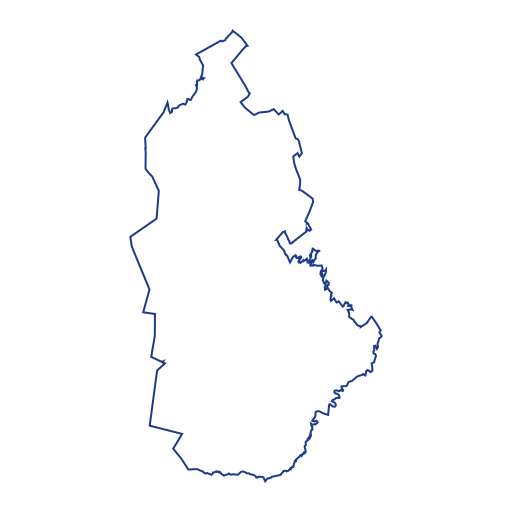 Pinal de Amoles, Querétaro, Mexico (Equal Earth projection)
{"feature_id": "50627088B68767100251382", "entity_name": "Pinal de Amoles", "entity_type": "district", "adm_level": 2, "iso_a3": "MEX", "parent_name": "Mexico", "parent_adm1": "Querétaro", "projection": "equal_earth", "projection_center": [-99.535, 21.167], "detail": "fine", "context": "isolated", "style": "outline", "palette": "blue", "viewbox_px": 512, "rotation_deg": 0, "n_neighbors": 0, "source": "geoboundaries", "source_scale": "gbopen_adm2", "svg_char_len": 6083}
<svg xmlns="http://www.w3.org/2000/svg" viewBox="0 0 512 512"><path d="M147.8,171.9L152.4,176.8L158.8,190.8L156.6,218.6L130.4,236.8L131.7,246.3L149.5,289.5L143.2,312.3L155.0,314.0L154.8,336.0L151.2,356.9L161.2,361.6L161.8,361.4L162.3,362.2L163.2,361.6L162.8,362.4L164.9,363.4L157.1,370.5L149.7,425.7L182.1,433.9L173.2,448.7L181.2,458.5L188.3,469.5L197.3,469.1L200.6,470.7L202.7,471.4L204.0,472.8L205.7,473.5L207.0,473.0L211.6,474.8L212.7,473.6L213.0,472.5L214.7,472.3L216.0,471.4L216.7,471.9L217.5,471.4L219.2,472.5L219.6,471.9L220.5,472.5L221.5,474.0L223.9,475.6L228.3,474.0L228.9,473.5L230.2,474.5L231.9,474.6L233.1,474.2L237.8,474.8L241.1,471.8L242.0,471.5L244.3,471.8L247.1,473.4L249.2,473.4L250.3,474.3L253.8,475.0L255.9,476.5L256.3,477.6L257.2,477.6L258.6,476.7L259.3,477.1L260.1,476.7L262.7,477.0L263.8,478.1L265.2,481.3L267.3,478.6L270.7,477.9L271.3,477.0L280.8,474.8L281.2,473.8L282.9,472.2L283.3,471.1L285.8,470.7L286.7,471.4L288.4,470.7L289.2,469.7L289.9,469.5L290.3,468.4L290.9,468.9L291.1,467.9L292.2,466.9L292.6,467.3L293.4,466.8L293.9,463.9L294.7,462.3L294.7,461.2L295.1,460.8L295.7,461.2L296.1,461.0L295.9,459.6L297.2,458.8L297.4,458.3L299.5,456.7L300.0,455.6L300.6,455.6L301.4,454.8L301.8,455.6L302.3,454.5L303.9,453.7L303.5,452.9L304.1,452.4L304.8,452.9L305.6,452.4L305.6,450.8L304.6,446.4L305.8,445.2L305.6,442.3L306.3,441.2L306.9,441.0L307.8,440.2L307.5,439.2L308.4,438.0L309.2,438.6L309.2,437.2L310.1,437.5L310.1,435.1L310.9,435.4L310.9,434.3L310.5,433.3L311.3,430.2L312.3,429.7L312.5,429.0L312.1,428.5L312.3,426.9L311.5,426.1L311.1,423.7L312.4,424.7L314.7,424.2L315.3,424.4L317.6,422.6L316.8,421.0L316.2,420.7L314.9,421.5L312.3,421.0L312.5,420.2L314.8,417.4L315.5,415.8L315.3,413.8L316.1,411.7L316.8,411.3L319.3,411.2L322.3,413.0L328.1,414.9L329.1,404.8L330.0,404.1L332.8,406.5L334.2,406.7L335.3,406.4L335.9,405.2L335.3,403.3L334.5,402.6L331.8,401.3L332.7,400.1L334.3,399.5L336.3,398.0L338.8,397.7L339.4,397.9L339.6,397.5L339.0,395.5L338.3,394.4L336.8,393.6L335.6,393.5L334.4,392.4L334.5,390.8L336.2,390.3L339.0,391.1L339.7,390.9L341.3,389.8L342.5,391.1L342.8,391.0L343.2,390.1L341.8,388.4L341.4,386.5L341.6,386.3L345.2,386.2L346.7,385.8L347.0,385.4L348.4,382.1L352.0,380.9L357.1,376.5L362.4,374.8L363.1,374.0L365.2,375.5L365.6,374.9L366.2,371.2L367.7,370.0L370.5,372.1L372.4,370.7L372.4,367.8L371.6,363.5L374.1,362.2L376.0,355.6L375.2,354.0L373.6,353.5L373.2,351.9L374.3,350.3L374.0,346.1L375.3,345.7L376.9,348.9L378.0,347.0L377.6,344.9L377.6,343.2L378.2,341.9L379.2,338.5L381.2,336.8L381.6,335.9L379.4,332.3L380.7,330.4L376.6,323.7L371.9,316.8L371.0,316.9L366.6,323.2L360.6,327.1L360.6,326.2L357.8,325.5L356.8,324.7L355.7,322.9L354.0,321.2L353.8,320.2L353.4,319.6L351.6,318.8L351.0,318.1L349.3,317.2L349.1,316.6L349.3,315.2L348.7,312.0L347.6,309.8L350.3,309.6L350.7,309.3L352.5,309.9L351.2,306.7L351.4,305.3L350.0,305.2L349.2,306.1L348.2,306.0L348.7,304.6L348.4,303.8L347.5,303.5L347.7,302.9L347.3,302.9L347.0,302.5L345.4,302.4L345.4,302.9L344.6,303.8L344.1,305.0L342.8,306.6L338.6,301.3L337.7,302.1L336.5,302.5L334.0,298.3L331.0,300.9L330.5,299.6L330.8,296.7L331.5,295.9L330.8,294.8L331.9,293.0L331.7,292.6L329.7,291.1L327.6,287.8L327.0,288.8L325.4,289.6L325.4,289.0L324.9,289.1L324.7,287.3L325.3,286.4L326.4,286.1L327.5,287.6L327.2,286.5L327.4,285.3L327.7,284.8L328.4,284.9L328.8,282.8L326.4,280.6L325.3,284.6L323.7,282.6L323.7,281.9L322.7,280.1L323.3,278.4L321.4,276.1L320.6,274.4L322.1,273.9L322.5,275.1L324.3,276.2L325.9,272.1L326.0,269.5L325.2,270.6L322.9,271.1L320.6,272.5L320.7,271.6L322.6,268.8L321.7,265.5L317.5,265.8L313.6,264.8L313.1,265.2L313.0,265.7L310.4,265.7L310.3,263.5L310.9,263.8L311.5,263.4L311.7,262.4L311.0,261.5L310.8,261.7L310.9,261.4L312.5,260.2L313.5,261.9L314.5,259.8L315.9,258.2L315.6,256.2L316.1,254.4L317.9,251.7L319.2,250.9L318.8,250.6L317.3,250.8L316.9,251.2L314.7,250.2L313.1,248.7L312.6,248.6L312.5,250.0L312.1,251.4L312.3,251.8L310.5,254.1L311.0,254.7L309.9,255.4L310.2,256.9L310.8,255.8L311.1,255.9L311.2,256.6L310.1,259.3L310.1,260.2L310.5,261.9L310.2,261.6L308.7,262.6L307.6,262.6L307.7,260.8L307.3,261.0L307.2,260.6L307.6,260.3L307.1,260.0L306.8,258.7L303.4,261.4L303.1,261.3L303.0,260.5L300.7,262.6L300.6,262.2L300.0,262.1L299.1,262.6L298.4,261.7L301.2,257.3L301.0,256.5L299.8,256.5L298.6,257.5L298.4,257.8L298.8,258.3L299.3,258.3L299.3,258.9L299.0,258.9L297.5,257.9L296.5,258.0L296.1,257.1L296.4,256.7L296.3,256.3L295.6,255.2L293.0,256.9L290.0,262.4L287.3,256.0L286.5,255.0L286.1,255.2L285.0,253.5L284.5,251.7L283.7,250.2L279.7,245.8L278.8,244.0L279.0,243.7L278.2,242.7L278.0,241.6L277.0,239.8L276.2,239.8L282.8,232.1L284.9,231.3L285.3,233.4L287.5,237.3L288.3,239.6L289.1,240.7L289.4,242.2L290.4,243.6L290.8,243.5L292.0,242.9L292.5,242.3L292.7,242.5L295.3,240.1L296.4,239.6L297.0,239.9L296.2,239.4L306.2,231.7L306.6,228.0L307.9,230.2L309.0,230.1L309.4,230.8L311.2,229.5L308.2,224.2L308.3,223.9L307.6,223.2L307.0,223.5L307.1,223.1L305.2,221.3L309.6,211.4L313.1,202.0L312.6,198.6L301.9,190.7L299.1,189.8L299.5,188.4L300.1,183.6L300.2,179.5L295.8,168.6L294.1,162.6L293.3,156.5L297.5,153.1L299.3,156.7L301.9,153.2L299.1,141.9L297.9,139.3L295.6,138.3L289.0,120.5L287.6,114.7L285.9,114.2L284.7,114.3L282.7,110.9L278.7,114.5L273.7,109.1L269.0,111.5L259.0,112.6L254.4,114.9L253.5,114.7L244.9,107.6L240.6,102.1L247.9,96.7L249.8,93.3L248.7,92.4L245.7,86.5L231.4,63.1L243.7,48.4L245.0,47.4L245.5,46.4L247.5,45.8L241.5,37.7L232.6,30.7L232.2,32.0L228.0,36.3L227.5,37.3L225.9,38.4L225.4,40.0L222.5,41.3L221.5,41.2L220.8,40.7L196.0,54.5L199.2,57.0L199.7,59.3L203.1,65.5L202.2,74.3L201.0,77.0L203.9,78.1L203.3,78.5L202.9,79.4L201.8,78.7L200.8,79.3L200.3,78.9L199.0,80.4L197.3,80.4L196.9,81.4L197.2,85.1L196.0,85.1L196.9,87.5L196.6,90.1L195.4,92.7L192.4,96.6L190.9,99.8L189.6,99.9L188.3,98.9L187.4,99.0L186.8,101.7L185.6,104.2L185.1,104.6L183.4,103.8L182.7,103.8L178.8,105.7L177.6,107.6L175.9,108.2L172.5,108.5L172.0,109.8L172.0,111.9L170.2,113.0L168.7,109.3L168.2,105.6L167.5,102.6L163.6,112.2L145.4,137.2L145.1,138.1L145.7,148.0L145.3,148.1L145.7,152.2L145.5,168.6L147.8,171.9Z" fill="none" stroke="#1e3a8a" stroke-width="2"/></svg>